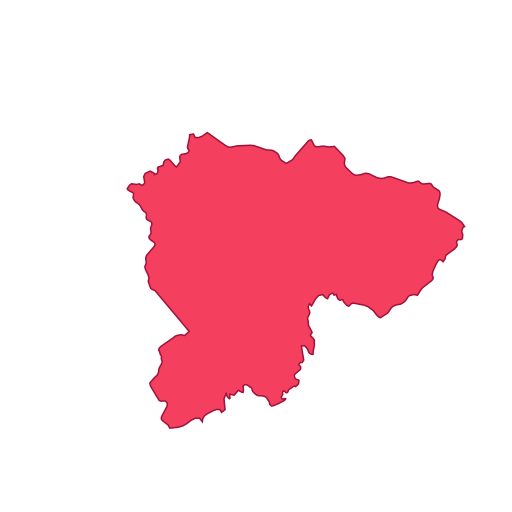 SVG path tracing the border of Vallée du Bandama, rotated 228°
{"feature_id": "CIV-3450", "entity_name": "Vallée du Bandama", "entity_type": "Region", "adm_level": 1, "iso_a3": "CIV", "parent_name": "Ivory Coast", "parent_adm1": "", "projection": "robinson", "projection_center": [-5.056, 8.307], "detail": "fine", "context": "isolated", "style": "filled", "palette": "rose", "viewbox_px": 512, "rotation_deg": 228, "n_neighbors": 0, "source": "natural_earth", "source_scale": "10m", "svg_char_len": 6144}
<svg xmlns="http://www.w3.org/2000/svg" viewBox="0 0 512 512"><g transform="rotate(228 256 256)"><path d="M380.3,302.4L358.7,307.2L355.6,308.3L354.4,309.3L353.7,310.2L350.4,315.8L342.0,326.0L339.3,328.4L327.8,334.8L324.0,338.5L321.9,339.6L319.5,340.3L317.8,340.5L315.9,340.4L312.8,339.1L311.3,338.9L310.2,338.9L304.6,340.4L303.2,346.8L303.4,349.6L303.8,350.5L304.2,352.3L306.5,371.9L306.1,373.8L305.3,374.8L304.4,374.7L299.8,373.3L298.9,373.3L298.0,373.4L297.1,373.7L296.3,374.4L295.5,375.4L294.1,377.6L292.6,379.5L291.8,380.3L288.1,383.3L285.0,387.6L273.2,388.0L269.5,387.6L268.6,387.0L266.0,383.9L264.1,382.6L262.8,382.2L261.7,382.1L253.1,382.7L250.8,383.3L249.1,384.3L246.5,387.9L244.4,392.5L243.2,393.7L241.4,395.0L233.1,398.4L231.1,399.8L230.1,400.7L228.6,402.6L228.0,403.6L227.1,405.7L226.8,406.7L225.9,408.0L224.4,409.4L207.9,418.4L205.3,421.8L203.7,425.7L202.9,426.8L202.0,427.1L200.9,427.1L199.8,427.2L198.0,428.1L196.8,429.4L194.1,433.3L193.0,434.1L192.0,434.4L189.2,433.9L188.3,433.9L183.7,435.3L182.3,435.6L181.2,435.5L180.3,435.2L179.4,434.6L178.5,433.9L175.9,430.7L173.0,425.8L172.3,424.9L171.4,424.1L170.0,423.4L169.0,423.4L167.9,423.6L161.8,426.5L145.0,431.2L142.6,431.3L138.3,430.7L138.8,429.7L138.5,428.6L137.6,426.7L136.8,425.6L136.0,425.0L133.8,424.1L133.2,423.6L131.1,421.4L130.8,420.7L130.7,419.9L131.2,419.1L132.4,417.9L132.8,417.2L132.9,416.3L132.7,415.2L131.5,413.8L130.1,413.3L129.6,412.9L128.7,411.6L128.4,408.3L129.5,397.6L127.2,394.2L126.6,391.1L127.9,391.1L129.3,390.8L130.0,390.4L130.4,389.9L130.7,389.1L130.3,387.0L129.3,384.1L126.5,377.7L124.9,375.3L123.5,373.9L121.8,373.4L121.1,373.0L120.6,372.4L120.3,371.3L120.2,369.6L121.0,358.6L120.5,355.8L118.8,349.7L121.2,348.0L122.0,347.0L123.4,344.5L123.9,343.0L124.0,341.8L123.2,339.2L122.8,337.4L122.7,335.3L122.8,334.3L123.4,331.5L123.7,330.8L125.8,327.5L126.4,325.9L126.9,324.1L127.0,323.1L127.0,322.1L125.6,316.5L125.6,314.9L126.9,307.1L128.3,306.5L130.5,306.2L131.9,306.2L136.8,306.6L143.1,305.4L146.9,303.6L155.4,297.2L156.2,296.2L156.7,295.2L156.8,293.9L156.6,291.3L157.4,290.9L159.0,290.4L163.4,290.5L165.8,291.2L167.0,288.6L169.1,288.2L171.6,288.9L173.6,290.0L174.7,287.8L176.6,288.3L177.7,286.8L178.0,284.5L176.4,280.6L178.4,279.8L182.7,279.7L184.7,276.2L184.4,271.9L181.7,263.8L184.7,263.8L183.5,260.9L181.5,259.6L179.4,259.0L177.8,258.0L177.2,257.0L175.7,253.4L175.1,252.6L174.4,252.1L172.7,251.2L169.7,248.9L168.8,248.5L161.7,246.6L161.4,245.9L161.0,243.7L160.3,243.3L155.2,243.3L154.1,242.9L152.9,241.4L152.2,241.0L150.6,239.7L146.5,234.2L144.7,232.6L145.4,231.8L146.8,231.0L148.1,230.7L149.5,230.9L152.2,231.9L155.8,232.2L157.1,231.6L158.7,229.5L146.7,221.8L145.9,219.1L147.1,217.7L147.0,216.3L146.8,215.4L146.2,214.9L144.0,215.1L142.8,214.3L142.1,213.2L141.9,212.3L142.1,210.4L142.2,205.8L141.8,204.9L141.3,204.3L139.9,203.5L138.3,203.2L137.5,203.3L135.7,204.5L135.0,204.7L134.5,204.4L133.0,202.6L132.6,202.0L132.4,201.1L132.4,198.4L132.6,197.8L133.3,197.6L133.9,197.2L134.1,195.8L134.2,194.6L134.7,191.5L134.5,190.5L134.2,189.6L133.8,188.9L133.6,188.2L133.7,187.4L134.6,186.8L136.2,186.7L136.9,186.5L137.4,186.0L137.3,185.0L136.8,184.4L135.5,183.6L135.1,182.9L134.6,181.2L134.2,180.5L133.6,180.0L132.9,179.7L132.2,179.9L131.5,180.5L131.0,181.8L130.3,182.5L129.9,182.5L129.7,181.5L129.7,180.1L131.2,174.2L133.3,168.4L134.1,167.2L135.2,166.9L136.1,166.9L137.0,167.1L138.2,168.0L138.9,168.3L141.7,168.6L143.3,169.0L144.1,169.0L145.6,168.5L146.9,167.8L148.1,166.9L150.8,164.1L152.2,163.5L153.8,163.1L156.4,162.9L158.5,163.2L159.9,164.1L161.5,164.3L162.3,164.2L163.1,163.6L164.5,163.7L167.0,162.7L168.1,161.0L167.8,158.9L166.9,158.6L164.8,157.0L163.3,155.1L164.2,154.3L168.0,153.0L167.2,146.6L170.8,144.1L168.7,142.1L167.8,141.7L167.8,140.7L169.4,140.5L170.9,140.7L172.4,141.1L173.7,141.7L171.3,136.7L162.5,130.2L162.8,125.8L166.0,126.4L168.3,124.1L169.8,120.4L171.6,113.1L171.6,110.2L170.8,107.7L168.7,105.2L173.2,105.5L176.0,102.5L177.4,97.6L177.8,92.2L178.7,87.9L180.9,83.4L185.8,76.7L189.0,77.6L195.7,76.4L197.5,76.4L198.3,76.6L199.2,77.5L200.1,79.1L203.6,88.7L204.0,89.5L204.7,90.4L205.8,91.3L206.9,91.7L207.8,91.8L209.3,91.2L210.9,89.4L211.8,88.2L212.5,87.7L213.6,87.4L228.6,90.3L230.8,91.0L232.5,92.0L232.9,93.9L233.5,99.0L233.6,102.5L233.9,103.8L234.7,105.4L235.2,106.2L236.7,107.8L237.5,109.1L239.2,114.0L239.9,115.1L240.7,115.8L242.9,116.8L244.5,118.4L245.2,118.8L247.4,119.2L249.3,120.3L250.7,120.5L251.3,120.9L251.8,121.5L252.2,122.2L252.4,123.5L252.4,125.4L250.5,140.7L250.6,141.1L250.5,142.3L249.9,144.0L248.0,147.1L246.8,148.4L245.8,148.9L244.7,149.8L244.7,155.9L298.1,157.8L299.8,156.8L301.6,156.2L302.6,156.2L303.8,156.6L309.2,158.9L310.1,160.0L310.9,161.4L312.2,162.3L314.2,163.2L319.1,164.6L321.1,165.4L322.5,166.3L323.9,169.2L324.4,169.8L324.9,170.4L327.5,172.0L328.6,173.1L329.4,174.5L329.9,176.2L331.1,186.2L331.8,188.1L332.5,189.0L333.3,189.4L334.2,189.5L337.6,188.6L338.7,188.4L340.4,188.4L341.3,188.8L342.0,189.3L342.4,190.1L342.6,192.0L343.1,193.0L344.0,194.0L346.9,195.9L347.6,196.7L348.3,198.4L348.9,199.3L349.9,200.4L350.8,200.8L351.8,200.8L352.6,200.6L355.1,199.6L356.6,199.4L357.5,199.7L358.2,200.2L359.4,201.7L360.5,202.7L361.5,203.0L362.4,203.0L364.0,202.6L365.3,202.5L367.0,202.6L370.2,203.4L371.9,203.6L373.2,203.6L375.8,202.9L377.0,202.7L378.8,202.8L381.2,203.4L381.7,203.7L383.5,205.9L384.3,206.7L385.1,206.9L385.8,206.8L388.1,205.8L389.5,205.4L391.7,205.0L392.4,205.8L393.2,209.5L393.0,211.8L388.9,215.3L387.8,217.5L385.3,218.4L384.4,219.3L384.8,222.3L390.2,225.7L391.5,229.0L389.9,234.2L386.9,235.3L384.9,235.8L384.4,235.2L383.5,237.4L383.8,238.7L384.7,239.7L385.4,241.0L385.8,241.2L386.4,241.1L387.0,241.3L387.5,242.0L387.5,243.3L387.1,244.0L386.7,244.5L386.1,246.5L385.4,247.0L385.4,247.5L386.9,249.4L387.7,250.7L388.0,252.3L387.6,254.1L386.5,255.8L384.3,256.2L377.0,256.1L375.5,256.4L375.6,258.0L376.2,260.3L376.4,262.0L377.1,263.1L380.6,265.5L381.5,267.1L381.1,269.1L378.9,272.5L378.4,274.6L378.8,276.5L379.9,277.0L381.4,277.2L382.9,278.0L388.5,285.8L390.5,287.8L390.1,288.6L389.0,290.5L388.4,291.2L385.1,290.0L382.6,292.2L381.0,296.2L380.3,302.4Z" fill="#f43f5e" stroke="#9f1239" stroke-width="1.5"/></g></svg>